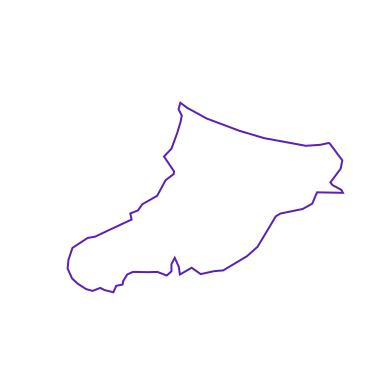 the district of Guidan-Roumdji, Maradi, Niger, rotated 151°
{"feature_id": "23599985B37435064601183", "entity_name": "Guidan-Roumdji", "entity_type": "district", "adm_level": 2, "iso_a3": "NER", "parent_name": "Niger", "parent_adm1": "Maradi", "projection": "albers", "projection_center": [6.935, 13.581], "detail": "fine", "context": "isolated", "style": "outline", "palette": "violet", "viewbox_px": 384, "rotation_deg": 151, "n_neighbors": 0, "source": "geoboundaries", "source_scale": "gbopen_adm2", "svg_char_len": 993}
<svg xmlns="http://www.w3.org/2000/svg" viewBox="0 0 384 384"><g transform="rotate(151 192 192)"><path d="M45.2,146.8L48.1,168.0L49.1,168.7L57.2,171.2L70.0,177.2L102.9,204.2L121.1,222.8L143.5,249.1L155.4,267.9L158.9,275.7L163.6,271.0L163.9,263.8L167.7,259.2L176.3,250.8L189.0,239.8L199.3,236.6L197.7,218.8L199.3,216.6L209.5,215.1L214.4,211.9L224.3,205.6L241.3,205.4L248.2,202.1L256.4,203.1L258.2,197.2L266.3,197.8L285.5,199.1L298.3,199.9L305.6,202.4L323.6,201.1L333.0,192.5L337.9,185.4L338.8,174.5L336.5,167.4L331.7,158.4L326.9,153.7L318.7,152.6L316.1,148.7L309.4,142.4L303.8,146.7L297.6,144.7L295.5,147.4L288.5,151.3L282.3,150.7L269.8,143.5L260.9,138.8L254.6,131.2L248.4,132.6L245.0,138.8L239.0,142.8L239.8,133.0L242.6,125.7L229.0,125.9L224.2,116.0L210.9,112.0L202.7,108.3L175.1,109.2L161.2,112.3L155.7,115.5L130.5,130.1L125.1,130.3L103.5,123.5L92.5,123.5L82.8,131.1L60.4,118.1L60.3,121.3L65.8,130.0L66.3,133.3L50.7,140.3L45.2,146.8Z" fill="none" stroke="#5b21b6" stroke-width="2"/></g></svg>